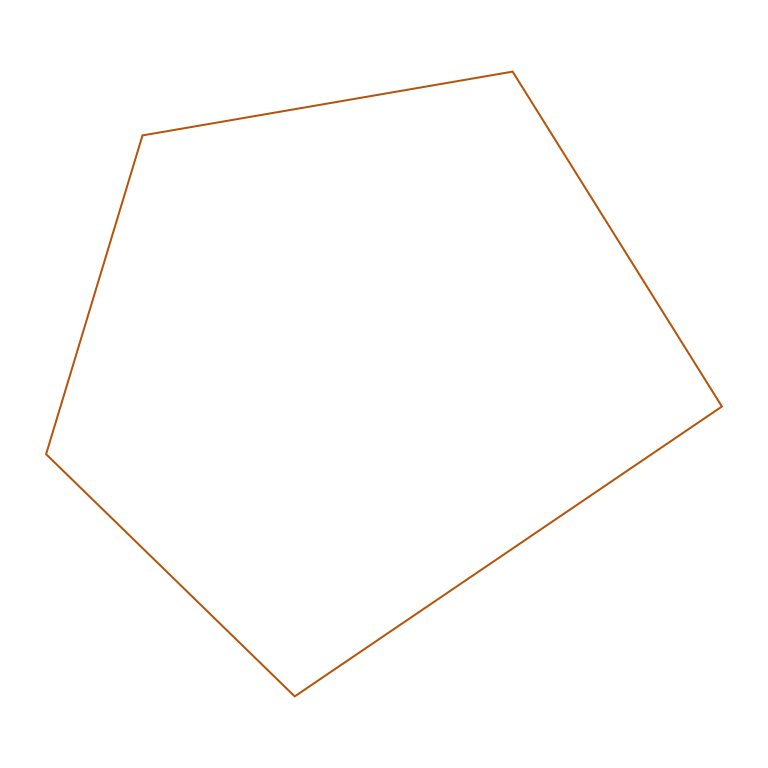 Khanabad city, Andijon, Uzbekistan
{"feature_id": "79887680B68939090872138", "entity_name": "Khanabad city", "entity_type": "district", "adm_level": 2, "iso_a3": "UZB", "parent_name": "Uzbekistan", "parent_adm1": "Andijon", "projection": "albers", "projection_center": [72.986, 40.823], "detail": "fine", "context": "isolated", "style": "outline", "palette": "amber", "viewbox_px": 768, "rotation_deg": 0, "n_neighbors": 0, "source": "geoboundaries", "source_scale": "gbopen_adm2", "svg_char_len": 197}
<svg xmlns="http://www.w3.org/2000/svg" viewBox="0 0 768 768"><path d="M721.9,406.5L512.6,71.6L142.5,135.4L46.1,454.2L294.7,696.4L721.9,406.5Z" fill="none" stroke="#b45309" stroke-width="2"/></svg>